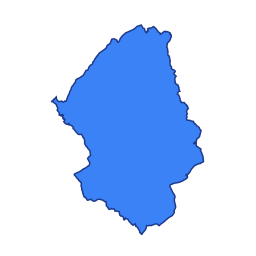 the district of Moldovita, Suceava, Romania, rotated 97°
{"feature_id": "2599482B16350059024550", "entity_name": "Moldovita", "entity_type": "district", "adm_level": 2, "iso_a3": "ROU", "parent_name": "Romania", "parent_adm1": "Suceava", "projection": "equal_earth", "projection_center": [25.472, 47.724], "detail": "fine", "context": "isolated", "style": "filled", "palette": "blue", "viewbox_px": 256, "rotation_deg": 97, "n_neighbors": 0, "source": "geoboundaries", "source_scale": "gbopen_adm2", "svg_char_len": 5766}
<svg xmlns="http://www.w3.org/2000/svg" viewBox="0 0 256 256"><g transform="rotate(97 128 128)"><path d="M111.0,207.0L111.2,206.8L110.9,205.8L111.1,205.4L111.7,204.9L113.3,202.2L113.7,201.8L114.5,201.6L116.3,200.4L117.8,200.1L118.7,200.5L119.2,200.3L120.2,199.3L120.7,198.6L121.3,198.1L123.3,197.9L123.2,197.3L123.6,197.4L123.7,196.5L123.6,196.2L124.3,195.7L124.2,195.4L123.1,195.4L122.6,194.9L122.9,194.2L123.5,193.8L124.5,194.1L125.5,194.1L126.1,193.8L126.4,193.8L126.7,193.6L127.0,193.1L126.5,192.8L126.9,191.8L128.4,192.0L128.9,191.8L129.5,192.5L129.9,192.0L130.6,191.7L131.2,190.3L131.7,189.8L131.5,189.2L131.8,188.5L131.2,187.7L130.6,187.3L130.9,187.1L132.1,186.9L132.2,184.9L132.9,183.9L133.1,183.2L133.3,182.8L133.8,182.4L134.1,182.6L135.1,182.5L135.5,182.2L135.9,181.4L139.0,178.3L139.4,177.6L140.2,176.8L140.4,175.2L139.9,173.5L140.2,173.2L141.5,172.2L142.9,171.5L143.1,170.9L143.9,170.3L146.0,169.4L146.8,169.4L149.2,168.9L150.1,168.1L150.7,167.8L151.2,167.4L152.0,166.1L152.9,165.6L155.2,163.1L159.7,161.8L161.9,163.8L163.1,164.2L163.3,164.4L167.5,161.5L170.4,162.2L170.8,163.2L172.9,165.3L173.8,167.1L174.6,167.7L175.1,168.5L176.1,169.3L177.3,170.9L179.8,175.0L180.5,175.7L181.0,175.6L182.8,173.6L184.2,172.4L184.6,171.5L185.8,170.7L185.7,170.6L186.3,169.8L186.8,169.4L187.1,168.7L187.7,168.4L187.8,167.9L188.5,167.6L189.2,167.5L189.3,167.4L190.3,167.6L191.3,167.5L192.7,166.8L195.0,166.3L196.5,165.4L198.2,164.9L199.1,164.3L200.8,163.7L201.9,162.9L201.9,162.2L202.2,161.9L202.5,161.3L203.8,160.3L204.6,159.5L203.9,157.4L203.2,155.9L204.1,155.1L204.4,154.2L204.7,153.8L204.8,153.0L204.6,152.0L204.1,151.0L202.8,149.9L202.1,147.2L202.3,146.9L202.6,144.5L203.9,142.0L203.7,141.8L204.0,141.5L203.8,141.0L204.8,140.6L207.6,140.1L209.1,138.6L209.6,138.3L209.9,137.6L210.6,137.4L211.1,136.9L210.3,134.6L210.0,134.4L210.2,134.2L210.3,133.3L210.0,131.9L210.1,131.6L212.1,130.8L211.9,130.4L211.9,129.1L212.1,126.6L215.5,125.5L215.7,124.9L216.2,124.6L216.3,123.4L216.2,122.8L217.1,121.8L219.6,120.9L219.5,120.2L218.4,120.0L218.3,119.5L218.1,119.4L218.4,119.3L218.3,118.4L218.5,117.0L220.4,115.7L222.1,113.6L222.9,113.0L223.1,112.2L223.8,111.4L223.8,110.9L223.2,110.4L223.1,110.0L222.5,109.6L222.3,109.0L223.0,108.7L224.5,108.4L224.7,108.2L225.1,106.8L227.1,105.3L228.0,104.5L229.6,103.6L230.0,103.7L230.5,103.4L230.5,103.0L230.7,102.6L231.7,101.9L231.8,101.2L231.0,101.0L226.8,98.3L225.5,97.9L222.6,97.6L222.5,95.5L221.9,94.3L222.0,93.0L220.9,91.3L220.5,90.0L220.1,89.6L219.7,88.6L219.8,87.6L221.1,85.2L219.3,83.7L216.3,80.4L214.7,79.2L211.8,76.4L210.8,75.1L210.1,74.0L209.1,73.1L206.4,71.8L205.9,71.8L204.6,72.2L201.2,71.1L199.8,71.2L194.4,73.2L193.0,73.3L190.5,72.9L188.9,73.7L186.3,75.8L181.0,79.2L180.0,79.4L179.5,79.2L179.1,78.8L177.6,76.2L176.8,74.4L176.2,72.0L175.3,69.9L174.0,67.6L171.2,63.9L170.2,63.2L169.4,63.0L168.1,63.4L168.3,64.4L168.1,64.6L167.6,64.7L167.0,64.5L167.0,63.4L166.7,62.8L165.9,62.7L165.7,62.5L165.5,62.0L163.7,61.0L161.3,60.2L157.3,57.4L155.2,54.1L154.6,53.0L154.7,52.8L154.5,52.0L153.5,51.1L153.0,49.9L152.0,49.0L147.2,50.1L144.8,51.4L143.3,52.1L141.4,53.4L140.3,53.1L139.7,53.3L139.5,54.3L138.1,56.6L137.8,57.6L136.6,58.3L135.0,58.4L134.5,58.6L135.3,59.7L135.6,60.7L135.4,60.9L134.9,60.4L134.2,60.3L133.6,59.6L133.4,58.6L131.4,58.5L130.2,58.1L129.7,57.8L129.3,56.9L127.5,55.9L125.2,55.7L123.8,55.4L122.9,55.4L121.7,55.2L121.2,55.6L120.0,57.0L118.9,57.4L117.9,58.9L117.3,60.3L115.7,61.6L115.6,62.5L113.4,64.1L113.7,64.6L113.3,65.9L113.2,66.9L112.9,67.3L113.0,69.9L112.7,70.7L111.3,71.2L110.0,70.7L108.6,71.5L106.8,70.9L104.6,72.0L102.7,71.4L101.4,70.6L101.1,70.6L100.6,71.2L99.0,71.6L99.0,72.2L98.0,72.7L97.9,73.1L95.9,75.4L96.1,76.7L96.1,77.6L96.3,78.2L94.8,78.9L94.7,79.3L93.2,79.9L92.3,80.0L90.1,81.1L89.1,81.8L88.3,83.2L86.0,82.4L85.3,81.7L85.2,81.1L83.6,82.0L81.7,82.4L79.3,83.6L79.2,84.5L78.7,84.9L78.5,85.5L78.1,85.9L77.9,86.4L77.5,86.7L75.9,86.8L75.5,87.2L74.1,87.5L71.8,87.4L70.8,86.5L68.8,88.9L68.3,89.2L67.7,89.0L67.2,88.5L66.3,88.0L65.9,88.0L64.9,89.2L64.2,91.8L63.8,92.1L62.1,92.3L61.4,92.8L60.7,93.7L59.4,94.2L56.1,94.3L54.5,95.1L53.5,95.1L51.4,96.1L51.2,96.8L50.8,97.2L50.3,97.4L49.5,97.4L48.1,97.7L47.3,97.6L46.3,98.2L45.8,98.1L43.9,98.7L43.4,99.3L42.7,99.2L42.3,99.5L40.1,99.2L39.7,99.3L39.1,99.3L36.2,97.2L35.3,97.1L34.8,96.8L33.1,96.6L32.5,96.2L31.8,96.2L30.4,96.5L29.8,97.8L28.8,97.5L27.9,99.4L27.6,100.9L27.7,102.0L27.5,102.5L28.0,103.4L27.8,103.6L27.8,103.9L30.6,106.5L31.1,107.4L29.8,107.8L29.2,108.9L29.0,109.7L28.0,110.3L27.2,111.3L26.1,112.2L24.9,114.0L24.2,114.9L25.0,116.1L25.8,116.8L26.1,118.3L26.4,118.7L26.6,120.0L27.1,120.5L28.3,120.0L29.1,119.9L29.9,120.3L29.4,120.7L30.3,121.2L31.1,121.4L30.7,122.2L29.8,122.9L28.1,123.4L27.4,124.0L27.2,124.2L27.2,124.9L27.1,125.2L24.2,127.4L25.5,130.4L26.2,131.5L28.5,133.4L29.7,134.9L34.0,142.0L37.3,144.9L40.1,146.6L42.1,147.0L43.6,147.7L44.1,148.4L43.9,149.0L42.2,149.6L41.2,152.4L41.3,153.4L41.9,155.0L45.8,155.9L46.7,156.4L47.5,157.6L48.4,158.5L49.1,158.9L50.1,159.0L51.1,159.4L52.5,160.5L57.1,165.6L58.7,166.6L59.8,166.9L60.4,167.7L62.5,168.6L62.8,168.9L63.7,169.4L65.4,169.7L66.5,170.8L67.4,171.0L68.3,170.9L68.7,171.1L69.5,171.7L69.9,172.5L70.6,173.2L72.3,174.2L75.0,174.8L75.7,175.6L75.9,176.2L75.9,176.6L76.2,176.8L78.6,177.7L81.4,179.0L82.1,179.7L82.4,180.4L83.5,181.3L85.1,183.7L85.3,184.3L86.5,185.5L87.8,185.8L88.7,185.7L90.2,186.7L92.7,187.9L93.4,188.5L95.0,189.1L95.8,189.1L99.5,190.3L100.9,190.5L103.9,191.6L106.0,192.0L108.9,192.7L109.1,193.4L109.0,194.1L110.0,194.9L110.2,195.6L110.0,196.3L109.5,196.9L109.4,197.3L110.1,199.0L110.1,199.9L109.8,200.7L108.8,202.0L107.6,202.6L106.0,203.0L107.3,204.0L108.4,204.8L108.4,205.0L109.0,205.2L109.0,205.5L109.3,205.7L109.7,205.8L111.0,207.0Z" fill="#3b82f6" stroke="#1e3a8a" stroke-width="1.5"/></g></svg>